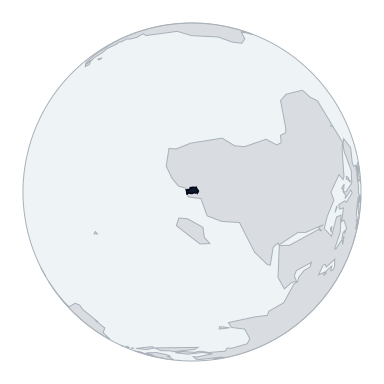 globe centered on Gaza, rotated 105°
{"feature_id": "MOZ-1207", "entity_name": "Gaza", "entity_type": "Province", "adm_level": 1, "iso_a3": "MOZ", "parent_name": "Mozambique", "parent_adm1": "", "projection": "orthographic", "projection_center": [33.324, -23.335], "detail": "fine", "context": "on_globe", "style": "filled", "palette": "ink", "viewbox_px": 384, "rotation_deg": 105, "n_neighbors": 0, "source": "natural_earth", "source_scale": "10m", "svg_char_len": 6755}
<svg xmlns="http://www.w3.org/2000/svg" viewBox="0 0 384 384"><g transform="rotate(105 192 192)"><circle cx="192" cy="192" r="169" fill="#eef3f6" stroke="#a8b0b8"/><path d="M23.9,175.5L24.2,174.4L24.3,179.5L24.0,184.4L24.7,183.3L24.8,185.9L30.4,180.6L35.4,182.4L36.8,192.0L35.5,206.9L41.1,233.1L40.6,247.8L45.1,258.5L52.8,276.9L51.8,280.2L56.9,285.3L60.3,291.4L61.0,294.4L65.3,299.2L66.0,301.3L68.4,302.8L75.7,311.4L80.7,314.8L87.6,321.3L90.9,323.0L91.2,323.8L93.2,325.6L95.4,327.0L93.8,327.5L86.5,322.8L81.9,319.1L82.3,319.7L72.1,310.2L74.7,313.0L63.2,301.2L54.1,289.6L50.6,284.4L44.0,273.5L38.3,262.2L33.5,250.4L29.5,238.4L26.5,226.0L24.4,213.5L23.3,200.8L23.1,188.1L23.9,175.5ZM98.5,327.5L94.9,328.1L96.0,327.4L91.7,323.7L95.4,324.2L98.5,327.5ZM88.0,317.3L86.0,314.1L87.0,314.3L88.6,316.5L88.0,317.3ZM199.1,23.2L198.1,23.2L191.8,23.0L196.8,23.3L196.8,23.2L199.9,23.3L202.2,23.3L202.7,23.4L204.6,23.5L216.5,24.8L228.4,27.0L240.1,30.0L251.6,33.9L262.8,38.6L273.6,44.0L284.0,50.3L293.9,57.2L303.3,64.8L312.1,73.1L320.3,82.0L327.8,91.5L334.7,101.5L340.8,111.9L346.1,122.8L345.6,121.9L346.4,124.1L343.8,118.7L343.7,120.7L351.5,140.2L352.5,144.6L350.7,148.2L350.1,144.6L343.0,130.4L344.2,140.1L349.7,153.9L351.6,166.6L348.5,159.6L346.3,148.3L343.7,143.0L342.6,134.0L337.1,118.6L333.8,117.8L332.4,112.7L324.3,99.4L318.6,98.2L310.8,105.6L312.6,118.8L308.7,123.0L296.9,100.1L291.7,87.3L287.3,86.9L275.2,74.7L254.1,69.6L251.2,66.5L247.2,67.0L238.6,63.3L234.2,58.7L229.0,58.4L240.9,70.9L246.5,71.5L251.2,67.9L253.5,72.3L261.7,77.7L252.3,86.8L221.1,93.8L218.2,84.0L195.4,60.0L196.2,57.6L196.1,57.4L195.8,56.9L193.6,60.7L189.7,56.7L201.7,71.9L203.6,79.2L220.6,94.3L219.0,95.8L224.5,99.3L242.5,97.4L242.5,100.7L234.0,115.9L209.2,138.3L212.7,155.7L211.1,171.2L196.1,181.6L197.7,194.4L190.0,199.1L189.8,206.6L183.8,215.0L173.6,223.6L155.9,225.5L154.5,218.4L145.2,206.0L132.2,176.9L136.3,162.7L134.6,152.9L121.9,134.1L124.6,122.4L121.3,118.6L114.4,121.2L110.6,116.9L106.4,117.8L80.8,130.1L73.3,126.5L65.1,111.8L69.9,102.4L71.4,94.5L105.2,59.3L111.8,58.1L137.8,49.2L140.9,49.3L137.2,54.5L156.1,57.8L163.0,52.8L180.8,55.1L193.1,54.8L198.7,45.8L178.6,45.9L175.8,42.1L192.4,38.4L210.1,39.5L209.6,38.2L199.0,34.8L203.6,32.9L195.3,33.6L198.3,34.9L193.2,35.7L190.2,34.6L191.9,33.8L186.8,33.4L179.8,38.0L182.0,39.8L168.1,41.6L170.4,44.9L166.4,47.0L161.0,42.2L162.0,40.2L151.3,37.1L149.0,39.1L158.9,42.5L155.6,42.5L152.6,46.1L152.2,43.4L142.0,40.0L129.9,43.8L113.4,55.6L106.5,58.6L101.2,59.3L108.2,50.2L122.8,44.6L125.5,42.1L123.5,40.6L128.1,39.3L129.0,38.3L134.6,36.5L143.4,32.7L149.2,31.2L153.5,28.7L157.1,27.9L153.5,29.4L154.2,30.1L168.8,28.0L171.9,27.3L173.5,26.0L177.3,25.9L177.0,25.0L185.8,24.3L174.8,24.7L176.4,24.0L182.2,23.4L180.8,23.4L171.4,24.5L169.4,25.0L170.8,25.2L163.8,27.6L158.6,28.7L158.5,27.1L151.1,28.7L154.3,27.4L161.7,25.8L174.1,24.0L186.5,23.1L199.1,23.2ZM93.0,73.6L91.9,75.9L93.0,73.6ZM228.6,46.4L239.3,48.3L234.8,42.8L238.6,43.3L235.7,41.4L234.5,42.4L227.4,37.9L232.1,37.5L231.0,35.7L227.3,35.0L219.8,36.7L229.8,42.9L227.3,44.5L228.6,46.4ZM128.8,35.8L130.4,35.4L127.7,36.8L120.4,39.9L124.1,37.8L128.8,35.8ZM133.2,34.8L135.2,33.0L139.9,31.5L136.9,32.6L139.8,31.7L135.8,33.3L138.3,34.0L136.2,35.4L123.7,39.6L129.0,37.3L127.1,37.6L133.2,34.8ZM144.9,47.0L147.4,46.7L151.4,45.9L149.6,48.4L144.9,47.0ZM137.7,44.6L140.1,43.8L139.4,46.5L136.9,46.9L137.7,44.6ZM141.9,41.4L140.2,43.6L139.6,42.7L141.9,41.4ZM155.8,28.9L158.3,28.4L158.4,28.6L156.7,29.3L155.8,28.9ZM195.0,47.2L191.2,48.9L189.4,48.0L191.1,47.6L195.0,47.2ZM169.1,47.9L174.8,48.6L168.5,48.6L169.1,47.9ZM257.0,272.5L257.7,275.8L255.2,275.2L257.0,272.5ZM240.1,171.0L228.5,198.5L220.5,197.9L219.0,189.2L223.3,172.3L232.6,168.4L237.2,161.4L240.1,171.0ZM358.1,212.7L358.2,215.9L358.1,216.6L358.1,212.7ZM358.1,207.6L358.6,210.6L357.8,208.8L358.1,207.6ZM358.7,211.8L359.1,213.3L359.3,213.4L359.0,214.7L358.7,211.8ZM357.7,205.8L353.7,195.8L351.6,190.0L352.5,188.2L355.9,195.0L357.7,205.8ZM352.3,187.8L348.6,174.6L340.5,145.9L343.4,148.8L351.3,169.4L350.9,171.2L353.2,180.5L352.3,187.8ZM359.7,188.1L359.2,194.5L357.4,188.4L356.3,184.8L355.7,174.3L356.1,170.8L357.1,172.9L358.7,166.1L359.8,172.6L359.8,176.2L360.5,184.5L359.7,188.1ZM313.4,120.4L317.4,130.3L314.9,130.5L313.4,120.4ZM357.9,160.2L358.2,162.3L357.6,158.7L357.9,160.2ZM348.0,128.1L347.0,126.7L346.2,124.5L346.9,125.1L348.0,128.1ZM304.3,318.2L305.0,317.6L311.2,311.7L310.9,312.1L304.3,318.2ZM315.5,307.3L319.1,303.2L326.8,293.8L326.1,294.3L329.4,290.3L327.2,292.8L331.7,286.3L334.7,281.0L329.7,276.1L330.3,271.2L333.7,267.3L341.4,249.9L341.6,251.3L345.9,241.0L350.9,241.5L355.6,232.8L354.2,239.2L354.4,238.7L350.2,251.3L345.1,263.5L339.0,275.3L332.0,286.6L324.2,297.3L315.5,307.3ZM358.7,219.3L358.3,219.7L359.0,217.8L358.8,218.9L358.7,219.3ZM360.9,189.2L360.7,187.7L360.8,193.0L361.0,193.7L360.8,195.0L360.4,204.5L360.1,206.4L360.6,196.4L360.0,203.6L359.8,201.9L360.2,194.3L360.6,187.5L360.8,185.6L360.9,187.6L360.9,189.2Z" fill="#d9dde1" stroke="#a8b0b8" stroke-width="1"/><path d="M189.6,186.0L189.9,186.2L189.9,186.3L190.1,186.2L190.1,186.3L190.6,186.5L190.9,186.6L191.0,186.6L191.0,186.8L191.3,186.9L191.4,186.7L191.5,186.6L191.8,186.6L191.7,186.8L191.6,187.0L191.5,187.4L191.5,187.5L191.8,187.9L192.0,188.1L192.0,188.3L192.1,188.5L192.1,188.8L192.1,189.1L192.0,189.3L191.9,189.5L192.0,189.8L192.1,190.0L192.3,190.2L192.3,190.3L192.5,190.4L192.6,190.5L192.8,190.6L192.9,190.8L193.0,190.9L193.0,191.0L193.1,191.3L193.3,191.4L193.4,191.5L193.5,191.8L193.5,192.0L193.4,192.1L193.5,192.3L193.5,192.5L193.7,192.8L193.5,193.0L193.6,193.3L193.6,193.5L193.6,193.8L193.6,194.0L193.8,194.2L193.8,194.9L194.2,195.5L194.3,195.5L194.5,195.5L194.5,195.4L194.8,195.4L195.0,195.3L194.9,195.4L194.9,195.5L195.1,195.8L194.7,196.0L194.7,196.3L194.9,196.3L195.0,196.3L195.1,196.5L194.7,196.6L194.4,196.8L194.2,196.8L193.6,197.0L193.1,197.2L192.7,197.4L192.4,197.5L192.0,197.8L191.9,197.8L191.9,197.7L192.0,197.7L191.9,197.7L191.8,197.8L191.7,197.8L191.8,197.8L191.7,197.9L191.5,198.0L191.5,197.9L191.5,197.7L191.4,197.6L191.2,197.5L191.1,197.4L191.1,197.2L190.9,197.1L190.9,196.7L191.0,196.7L190.9,196.6L191.0,196.3L190.9,196.2L190.7,196.1L190.5,195.7L190.4,195.6L190.4,195.2L190.2,195.1L189.9,195.1L189.7,195.0L189.6,194.8L189.2,194.7L188.9,194.7L188.7,194.6L188.3,194.8L188.2,194.8L188.1,194.5L188.1,194.3L188.0,193.8L188.0,193.7L187.8,193.6L187.7,193.5L187.6,193.2L187.5,192.9L187.2,192.5L187.1,192.4L187.2,191.6L187.0,190.9L186.8,190.6L186.7,190.1L186.6,189.7L186.4,189.3L186.5,189.3L186.7,189.1L186.8,189.0L187.0,188.8L187.1,188.7L187.3,188.5L187.4,188.3L187.7,188.0L187.8,187.9L188.0,187.7L188.4,187.2L188.5,187.0L188.7,186.9L188.8,186.7L189.0,186.6L189.1,186.4L189.3,186.2L189.5,186.0L189.6,186.0Z" fill="#0f172a" stroke="#020617" stroke-width="1.5"/></g></svg>